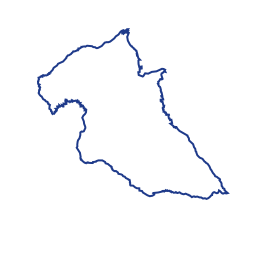 Jombang, Jawa Timur, Indonesia (Natural Earth projection), rotated 341°
{"feature_id": "22746128B39847330151566", "entity_name": "Jombang", "entity_type": "district", "adm_level": 2, "iso_a3": "IDN", "parent_name": "Indonesia", "parent_adm1": "Jawa Timur", "projection": "natural_earth1", "projection_center": [112.264, -7.561], "detail": "fine", "context": "isolated", "style": "outline", "palette": "blue", "viewbox_px": 256, "rotation_deg": 341, "n_neighbors": 0, "source": "geoboundaries", "source_scale": "gbopen_adm2", "svg_char_len": 5706}
<svg xmlns="http://www.w3.org/2000/svg" viewBox="0 0 256 256"><g transform="rotate(341 128 128)"><path d="M57.4,57.0L58.5,58.1L57.7,58.5L57.2,59.7L57.4,60.1L57.9,59.9L58.2,61.0L57.1,62.4L57.1,63.1L56.3,63.2L55.5,65.2L54.9,65.8L55.2,67.6L56.0,69.5L56.6,70.0L57.2,73.2L58.6,74.6L58.9,75.9L60.4,77.1L60.3,78.3L60.8,78.9L60.5,79.5L61.7,80.8L61.0,81.7L59.9,84.2L61.0,85.6L60.7,87.1L61.3,87.6L60.9,89.0L61.2,90.1L61.8,89.9L62.7,90.5L64.0,89.6L63.7,89.2L63.8,88.9L65.1,89.0L65.6,88.7L65.8,88.4L65.3,88.1L65.5,87.9L66.4,88.2L66.8,87.4L66.2,86.4L67.0,86.6L68.2,85.9L68.1,84.6L68.7,84.7L69.0,85.6L69.4,85.2L70.2,85.6L70.5,84.1L71.2,85.2L72.7,85.1L72.8,85.8L73.4,86.4L73.6,86.1L73.5,85.3L74.1,85.9L74.3,84.9L74.8,84.6L75.0,83.9L75.7,84.3L76.2,85.1L77.6,85.2L77.7,84.7L77.2,83.9L77.8,83.6L77.5,82.8L77.5,82.0L78.2,80.8L79.1,81.3L78.9,81.9L79.2,82.3L79.0,83.0L79.6,82.8L80.1,83.6L81.4,83.7L81.6,84.6L82.7,84.2L83.1,84.5L83.6,83.7L84.1,84.8L84.7,84.2L85.0,84.9L87.7,85.1L88.2,86.8L88.7,86.2L88.5,85.9L89.2,85.6L89.2,86.3L90.0,86.7L89.6,87.5L90.3,87.9L90.4,88.7L90.8,88.8L90.0,89.3L91.0,90.3L90.5,90.7L90.8,91.3L90.4,91.1L90.3,91.4L91.4,91.6L91.2,92.3L90.9,92.5L92.0,92.8L92.0,91.7L92.7,92.2L92.7,93.2L93.0,93.7L92.6,94.8L93.3,95.2L92.7,97.1L93.7,97.0L94.0,96.4L94.5,97.0L93.4,99.5L91.9,100.8L89.9,101.7L88.1,103.4L88.4,107.3L87.9,109.7L88.0,112.8L87.7,114.1L85.2,116.7L83.8,116.7L82.9,116.2L81.5,116.7L80.6,119.2L78.8,121.9L76.8,123.3L76.0,124.4L74.7,127.0L74.1,129.0L73.1,129.9L74.5,135.8L73.8,140.0L73.2,140.8L73.1,142.5L73.7,142.5L74.0,144.0L75.6,146.6L76.9,147.6L77.3,147.3L78.7,147.8L79.0,147.5L79.9,148.3L82.8,149.5L83.3,149.6L83.7,148.8L86.8,149.4L87.2,149.0L89.5,149.0L93.2,150.3L95.3,152.7L95.3,154.1L97.3,155.5L98.7,157.9L99.6,158.8L99.9,159.5L99.4,160.1L99.9,161.1L99.6,162.1L100.5,163.7L101.6,164.6L102.5,164.7L102.8,165.0L104.0,166.8L104.0,168.2L106.4,169.6L107.3,170.5L107.7,172.0L109.1,173.0L109.7,174.7L111.4,176.3L111.7,177.1L112.6,177.5L112.5,179.0L112.0,180.2L112.2,180.5L111.5,182.5L111.7,183.2L114.1,184.2L115.4,186.4L116.7,187.8L119.0,188.7L118.4,190.9L120.8,192.2L121.1,193.9L122.2,195.2L124.5,198.0L126.4,199.6L129.1,200.0L131.2,199.5L131.3,199.1L130.6,197.8L130.8,197.7L135.5,198.8L139.6,199.2L139.9,198.8L140.8,198.9L141.0,199.1L140.8,199.4L141.5,199.8L141.8,199.4L142.3,199.6L142.9,199.3L142.9,199.7L143.6,199.9L143.8,199.4L144.5,199.9L144.8,199.8L145.0,200.4L145.5,200.4L146.6,201.2L147.0,201.0L147.7,202.2L148.0,202.1L148.1,202.4L148.3,202.2L148.6,202.7L149.3,203.0L150.0,204.0L151.7,204.5L152.4,204.2L152.7,204.6L152.5,204.8L153.7,205.6L155.8,205.6L157.0,207.3L158.6,208.5L159.2,208.8L161.2,208.9L163.1,210.8L163.6,210.9L164.0,211.8L164.5,212.0L165.9,214.2L167.5,214.0L168.6,214.4L169.0,215.0L171.2,215.4L173.0,216.9L174.6,217.5L175.9,219.1L177.9,219.5L179.2,220.6L181.0,220.5L182.8,219.9L185.0,218.7L185.7,218.8L186.3,217.5L187.5,216.8L188.6,216.7L190.6,218.5L191.7,218.7L193.3,217.5L193.7,216.7L194.4,217.5L195.6,220.2L196.5,221.0L197.9,220.9L199.8,221.9L201.1,222.0L199.5,219.3L199.4,218.6L199.0,218.2L199.3,216.8L198.1,215.8L198.1,214.0L197.7,213.3L198.4,210.8L198.3,209.9L197.5,207.2L198.2,206.7L198.1,205.9L197.1,204.8L196.1,203.1L194.7,202.0L194.6,200.5L193.6,198.0L193.1,194.9L192.7,194.1L192.5,190.8L191.6,187.7L190.4,186.4L190.1,185.4L189.4,184.6L188.4,181.4L186.1,179.3L184.7,176.4L184.6,173.5L184.8,173.0L184.4,172.0L184.8,169.5L184.2,167.7L184.3,164.5L181.9,160.0L181.8,159.1L182.2,157.6L181.6,155.0L181.8,154.5L175.7,147.5L174.5,144.8L174.1,142.8L173.1,142.4L172.8,142.9L172.4,142.3L172.2,142.5L171.6,142.2L171.4,140.6L169.5,137.7L171.3,137.7L171.7,134.4L170.3,134.2L170.5,132.7L169.8,132.4L169.8,132.0L170.2,129.6L171.0,129.1L171.0,128.7L169.0,128.0L168.5,128.1L168.3,127.9L169.0,127.2L168.8,125.8L168.0,125.7L168.0,124.6L166.9,124.2L167.5,122.6L167.1,122.5L167.3,120.5L167.5,120.1L168.6,120.3L169.5,118.7L168.8,118.4L169.2,114.4L168.2,114.1L168.3,113.0L167.8,112.9L168.1,111.9L170.6,112.5L170.7,112.1L170.4,109.7L169.8,109.2L169.9,108.6L170.9,108.8L171.3,105.5L171.3,105.2L171.0,105.1L171.1,103.2L171.5,102.9L171.7,100.5L171.6,99.4L170.9,98.6L170.7,95.9L171.3,95.9L171.6,94.1L172.5,93.9L174.4,92.3L175.5,93.0L176.3,93.0L176.3,92.3L176.7,92.3L176.8,88.5L177.6,87.3L178.8,87.2L180.3,86.3L181.6,87.1L181.4,85.4L182.0,85.0L180.9,83.8L179.4,83.1L173.4,83.7L168.8,82.7L164.8,83.2L162.0,81.9L159.5,83.8L158.7,84.1L155.4,81.4L155.9,78.6L157.3,78.8L158.3,75.9L160.3,76.2L160.9,74.3L158.5,73.9L158.8,70.9L159.8,67.6L160.4,67.0L161.5,67.3L160.5,65.2L160.7,62.6L160.1,62.5L160.4,60.7L160.9,60.8L161.1,57.7L160.6,57.4L160.4,56.2L159.6,55.5L159.4,54.3L158.6,53.3L158.3,52.1L157.9,52.0L157.0,49.9L156.3,45.4L156.9,41.6L159.8,38.2L159.3,37.4L159.3,36.3L158.5,36.0L159.9,35.6L159.5,35.1L160.2,34.6L159.2,34.3L158.1,34.9L156.4,34.9L156.5,35.4L157.4,35.2L157.3,35.6L157.5,35.8L157.0,35.9L157.5,36.4L157.0,36.4L157.2,37.0L156.5,36.5L155.8,37.0L155.3,36.6L154.3,37.5L153.9,37.0L154.1,35.7L153.6,35.9L153.9,35.0L155.4,34.9L155.9,35.4L156.2,35.0L155.5,34.0L153.9,34.1L152.4,34.5L149.4,36.6L146.3,37.4L144.2,38.8L139.3,40.5L137.3,40.5L135.8,39.9L133.8,39.7L129.9,41.9L125.8,42.5L124.6,42.4L123.9,41.9L123.2,40.9L121.5,40.2L120.7,39.0L116.1,36.9L114.1,37.2L113.7,36.8L111.7,36.3L110.9,36.5L110.3,36.1L109.9,36.6L108.7,37.0L107.1,36.7L107.1,37.5L106.1,38.2L105.6,37.7L105.2,38.1L102.4,38.2L101.2,37.7L99.9,38.7L99.4,38.7L98.2,39.5L95.7,40.0L94.7,39.8L92.6,41.2L92.5,41.7L88.3,44.0L82.8,44.5L81.2,45.8L77.3,46.9L75.6,48.6L73.0,49.9L72.7,50.5L71.4,50.3L71.2,51.3L69.7,51.0L69.4,51.7L67.7,51.7L66.9,51.2L65.7,51.3L65.4,50.6L64.9,50.4L64.5,50.8L63.8,50.7L63.6,51.6L62.1,50.8L61.3,51.4L59.8,51.3L59.6,53.1L58.9,53.6L58.7,54.4L58.1,54.6L57.4,57.0Z" fill="none" stroke="#1e3a8a" stroke-width="2"/></g></svg>